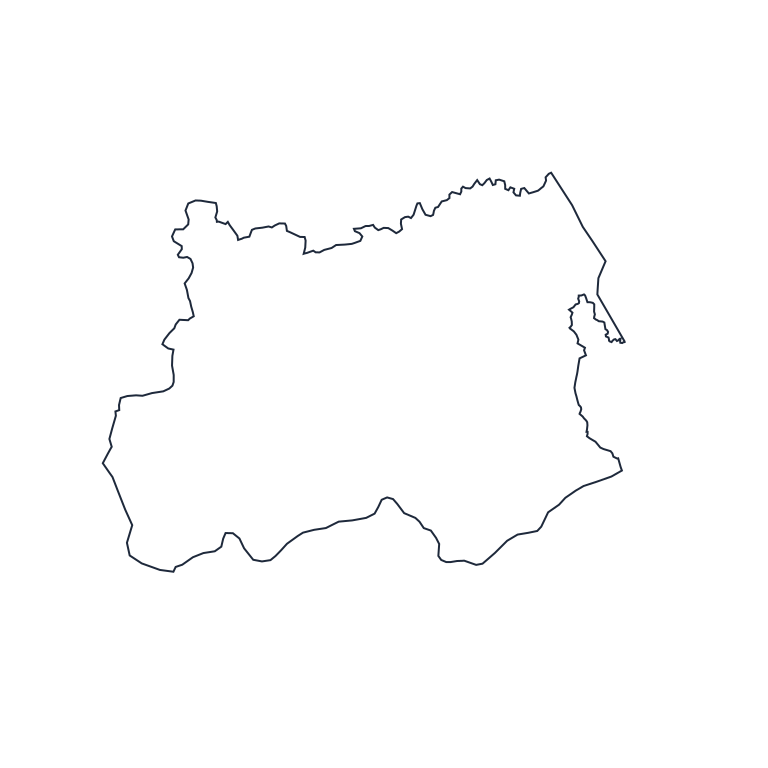 Neekreen, Grand Bassa, Liberia (Mercator projection), rotated 203°
{"feature_id": "62588387B67611028502926", "entity_name": "Neekreen", "entity_type": "district", "adm_level": 2, "iso_a3": "LBR", "parent_name": "Liberia", "parent_adm1": "Grand Bassa", "projection": "mercator", "projection_center": [-9.936, 5.929], "detail": "fine", "context": "isolated", "style": "outline", "palette": "slate", "viewbox_px": 768, "rotation_deg": 203, "n_neighbors": 0, "source": "geoboundaries", "source_scale": "gbopen_adm2", "svg_char_len": 5218}
<svg xmlns="http://www.w3.org/2000/svg" viewBox="0 0 768 768"><g transform="rotate(203 384 384)"><path d="M178.9,516.6L179.2,517.2L222.6,549.8L224.6,555.4L228.0,565.2L228.0,582.5L228.0,583.6L248.0,597.0L262.4,606.3L280.7,622.1L312.7,643.8L314.5,641.8L314.9,640.5L316.0,637.4L314.6,635.1L314.3,634.5L314.4,631.1L314.5,628.2L316.0,625.5L316.9,623.7L317.8,622.1L322.0,618.5L322.4,618.2L325.1,616.0L331.4,619.2L334.0,617.2L333.3,613.2L332.5,610.4L336.2,609.2L339.7,611.0L340.4,614.6L344.5,614.4L345.2,611.0L348.7,611.0L350.2,614.5L352.5,617.6L357.9,617.1L360.7,615.2L359.5,611.4L361.6,609.7L364.0,611.9L367.1,614.4L369.1,611.9L369.7,609.5L370.1,608.0L371.2,605.4L373.8,605.4L377.9,608.1L379.1,603.5L379.6,600.3L381.1,597.7L385.5,596.2L388.4,596.5L389.2,594.1L388.0,591.3L388.1,589.4L388.1,588.4L393.3,587.7L396.3,587.3L397.8,583.9L396.4,580.7L398.0,577.8L402.2,574.6L402.7,572.0L403.4,568.1L405.6,566.3L405.7,562.9L405.1,560.1L404.9,558.8L406.7,556.7L411.9,556.0L417.0,559.9L421.7,564.5L423.8,563.3L423.8,561.0L422.9,551.4L423.3,549.9L424.0,547.3L427.1,547.5L429.9,545.8L431.4,543.7L432.5,542.1L432.2,541.4L431.1,538.2L427.9,533.6L429.6,530.2L431.7,527.6L436.1,528.5L441.0,529.2L443.4,528.3L445.3,527.6L447.5,525.1L449.4,523.4L453.6,524.4L456.2,526.2L459.5,523.6L462.7,522.2L466.1,518.3L472.3,515.1L470.5,513.3L465.5,513.3L461.6,511.3L461.7,506.5L464.2,504.2L465.9,502.6L468.4,500.4L474.4,497.1L478.9,494.9L482.4,493.2L485.4,488.7L491.4,484.1L494.7,480.0L498.3,478.5L501.2,479.1L506.2,474.5L508.0,473.2L508.8,472.5L509.8,478.8L512.2,485.4L514.5,488.3L518.7,486.6L529.7,487.0L533.2,487.0L535.8,491.3L537.9,493.0L543.2,490.9L546.5,487.2L548.4,484.3L551.8,483.9L553.6,482.7L557.0,480.4L563.2,476.9L565.8,474.3L565.7,471.1L565.5,467.0L570.2,463.9L571.7,462.1L572.9,461.1L574.6,459.6L576.9,463.2L582.7,466.7L588.1,469.9L591.1,472.2L592.3,469.3L599.6,468.9L601.2,468.0L602.0,469.5L604.3,471.4L605.0,477.7L607.5,482.3L609.5,484.9L617.5,482.8L624.2,481.2L629.2,479.3L634.7,473.7L634.5,466.1L628.1,459.1L626.6,454.4L629.3,447.9L636.0,445.0L636.6,444.7L636.8,437.0L635.5,435.6L633.3,433.3L624.1,431.9L622.8,429.1L624.3,422.4L622.2,420.6L618.1,421.8L614.9,424.0L611.0,423.5L607.4,420.3L605.2,416.6L604.5,410.9L605.1,404.9L606.8,398.7L602.2,393.6L597.6,386.7L595.0,384.6L594.5,383.9L591.7,379.9L588.1,375.5L587.8,375.1L585.6,372.0L588.3,368.4L589.2,366.2L597.4,363.2L599.0,357.4L598.8,353.3L599.2,352.4L601.4,347.0L603.5,339.0L603.5,334.0L596.5,332.4L591.2,333.4L589.8,327.2L586.3,318.1L581.4,310.6L581.0,309.9L578.4,303.7L578.1,299.8L579.9,295.9L584.3,291.0L594.0,285.0L601.7,278.8L607.8,276.7L614.3,273.3L615.6,272.6L620.9,268.2L620.6,266.4L619.7,261.1L617.5,256.5L620.5,253.8L618.4,250.0L616.8,236.7L615.3,226.1L610.1,219.8L610.4,217.6L611.0,211.8L611.9,201.2L601.7,194.8L597.6,192.3L590.7,185.2L588.2,182.6L583.0,177.3L573.1,167.2L560.6,155.7L558.6,137.4L551.1,126.8L536.9,124.2L521.1,125.1L517.6,125.3L504.5,128.9L504.3,134.2L499.1,138.8L492.2,149.9L484.2,157.8L474.4,163.9L470.2,170.7L471.6,178.8L471.6,184.9L471.1,185.1L464.8,187.6L456.7,185.3L448.6,178.1L435.7,171.1L427.0,173.0L419.7,177.5L416.7,183.2L415.2,187.0L413.7,190.9L410.9,199.0L404.0,210.4L402.7,212.3L400.5,215.5L391.3,222.5L381.2,228.7L375.6,235.3L371.9,239.6L360.0,246.0L348.1,253.8L342.0,261.0L341.2,268.5L340.9,276.5L339.4,278.1L336.8,280.8L330.7,281.6L324.8,278.7L315.0,273.0L302.8,273.0L297.5,271.1L291.1,266.9L283.6,267.4L275.8,262.6L274.9,261.8L270.7,258.3L266.8,247.0L262.6,244.4L257.1,244.4L253.3,246.0L247.6,249.6L242.5,252.0L241.2,252.7L228.5,253.5L223.1,257.1L219.6,264.2L215.9,271.8L209.4,287.8L202.2,297.6L193.2,303.3L185.5,308.6L183.5,314.1L183.1,323.0L182.8,330.0L175.7,341.3L172.6,350.1L165.9,360.7L160.4,368.1L150.2,377.0L138.5,387.7L131.2,397.3L133.7,400.0L139.4,407.1L140.2,406.5L144.4,406.7L146.7,409.4L149.2,410.7L156.5,409.9L160.1,410.0L163.7,411.9L166.8,413.5L172.2,414.2L173.6,414.4L176.8,415.2L177.1,417.6L177.9,419.5L178.9,419.1L179.4,421.5L180.6,425.5L182.0,428.2L183.2,429.1L184.6,429.8L186.4,430.5L188.4,431.7L192.3,432.9L192.4,434.0L192.3,435.3L192.6,437.9L193.6,439.5L195.3,440.4L196.4,440.7L197.4,441.8L197.7,442.2L199.3,444.2L200.6,445.9L202.1,447.9L204.1,450.3L207.2,454.9L208.6,460.4L209.2,463.5L209.6,465.4L210.0,467.6L210.3,469.1L210.8,471.2L212.3,476.8L213.1,480.2L214.0,484.0L209.3,489.3L209.9,489.9L213.0,493.2L213.2,495.9L213.9,496.0L221.7,497.0L222.4,500.8L226.1,504.5L229.8,506.6L233.0,507.4L234.4,507.7L235.2,508.2L234.6,509.5L234.1,511.7L235.6,514.9L237.5,517.5L238.3,518.4L238.2,521.1L238.4,523.3L241.4,524.3L242.7,524.7L242.0,525.7L239.6,528.7L238.7,532.1L236.9,533.5L236.2,534.6L236.6,536.3L238.6,538.4L238.8,540.3L239.3,541.5L236.9,542.6L234.9,544.6L233.5,544.1L231.5,542.0L229.5,539.7L228.7,538.8L226.2,539.8L223.5,540.3L221.6,539.5L220.4,536.6L218.9,532.7L217.1,530.5L216.8,528.2L216.4,526.7L214.1,526.1L212.5,526.1L210.9,525.7L207.1,526.9L205.2,526.7L204.9,526.2L203.2,523.5L201.6,521.0L199.7,520.7L198.1,519.5L197.8,517.7L199.2,516.0L198.3,514.5L195.5,514.5L194.3,512.9L193.8,511.8L192.8,511.4L190.9,511.5L190.5,513.2L189.6,515.0L188.5,515.7L186.4,514.6L185.6,515.4L184.7,517.7L184.0,518.1L183.4,515.7L182.6,514.3L180.7,514.8L180.0,515.9L178.9,516.6Z" fill="none" stroke="#1e293b" stroke-width="2"/></g></svg>